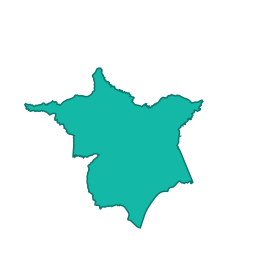 the district of Cha-Uat, Nakhon Si Thammarat, Thailand, rotated 50°
{"feature_id": "78962969B24594080556588", "entity_name": "Cha-Uat", "entity_type": "district", "adm_level": 2, "iso_a3": "THA", "parent_name": "Thailand", "parent_adm1": "Nakhon Si Thammarat", "projection": "equal_earth", "projection_center": [99.929, 7.982], "detail": "fine", "context": "isolated", "style": "filled", "palette": "teal", "viewbox_px": 256, "rotation_deg": 50, "n_neighbors": 0, "source": "geoboundaries", "source_scale": "gbopen_adm2", "svg_char_len": 5850}
<svg xmlns="http://www.w3.org/2000/svg" viewBox="0 0 256 256"><g transform="rotate(50 128 128)"><path d="M164.5,91.4L162.8,90.4L161.7,90.6L161.1,88.3L161.4,87.3L161.0,87.1L160.9,86.5L160.3,85.8L160.9,84.8L161.5,84.5L160.7,83.8L160.5,82.9L162.0,81.8L161.8,81.5L160.8,81.7L160.5,81.4L161.0,79.2L161.0,78.2L160.6,76.4L159.8,76.6L159.6,75.8L159.9,74.9L161.3,74.9L161.9,74.5L161.9,74.0L160.9,73.6L161.0,72.8L160.8,72.1L160.3,71.7L160.1,70.4L159.5,70.0L158.2,70.1L158.3,68.6L158.7,67.8L158.3,67.3L158.3,66.6L157.6,66.0L157.3,66.1L157.1,65.3L160.0,63.8L159.9,62.7L160.4,61.7L160.3,60.8L160.0,60.3L159.6,60.2L158.7,61.0L158.1,60.8L157.7,60.0L157.7,59.0L157.3,58.5L157.7,57.4L156.9,57.0L156.5,56.0L155.9,55.6L155.8,53.8L155.2,54.0L155.1,53.6L154.4,53.4L154.1,53.7L154.1,54.5L153.7,54.6L153.1,57.9L151.4,59.9L149.9,63.1L146.4,63.3L144.6,63.8L140.8,66.0L136.6,67.8L136.2,67.7L134.4,69.5L134.4,70.3L133.8,71.1L130.3,73.4L130.6,74.6L130.0,75.0L129.2,76.4L129.5,77.3L129.3,77.6L129.7,77.7L129.9,78.2L129.8,79.1L129.4,79.7L128.6,80.1L128.2,81.0L127.6,81.0L127.0,81.6L126.8,82.3L126.7,83.6L128.0,89.0L127.1,90.6L127.7,91.2L127.6,91.8L126.8,92.3L126.8,93.0L127.1,93.4L126.7,94.8L126.9,94.7L126.8,95.6L127.2,95.8L126.4,97.6L126.6,98.0L126.2,98.0L126.1,98.5L125.9,98.2L125.3,98.5L125.3,98.1L125.0,98.1L125.0,98.5L124.7,97.9L124.4,98.3L124.6,98.5L124.2,98.8L124.2,99.7L123.7,99.7L123.6,99.1L123.5,99.4L123.3,99.1L122.8,99.4L122.3,99.1L122.1,99.6L122.2,99.3L122.0,99.0L121.9,99.5L121.7,99.5L121.2,98.5L120.8,98.9L120.9,99.6L121.2,100.0L120.7,100.2L120.9,100.5L120.5,100.5L120.4,102.9L120.6,103.8L118.8,104.4L114.6,107.7L110.1,107.8L110.1,107.0L109.6,106.9L109.6,106.5L109.2,106.5L108.9,104.1L108.6,103.9L107.2,104.4L106.7,105.1L105.7,105.4L105.1,106.2L104.5,104.9L103.4,105.3L101.9,104.8L101.5,105.1L101.1,106.3L100.6,106.1L99.8,106.4L99.5,107.5L98.8,107.3L98.4,107.8L98.4,107.4L98.0,107.5L97.9,108.4L97.2,109.3L96.7,109.4L96.4,109.0L95.6,109.6L95.5,109.0L95.1,109.5L94.6,109.3L94.4,110.1L94.0,109.7L93.2,109.9L93.3,110.6L93.0,111.1L92.5,111.2L92.2,111.8L91.2,111.9L90.4,112.6L89.6,112.5L89.3,112.8L88.3,111.9L88.0,112.1L87.1,111.9L87.0,112.8L86.0,112.9L85.8,113.4L85.4,113.6L85.4,114.3L84.6,113.2L83.5,113.5L83.4,114.1L82.4,114.2L81.2,113.2L80.6,113.8L79.7,113.5L78.8,114.5L77.4,115.0L77.1,114.4L76.4,114.7L75.1,114.7L74.8,113.8L74.5,114.2L74.3,113.8L72.9,113.7L72.3,113.3L71.9,113.2L71.6,113.7L71.0,113.1L69.5,113.0L67.5,111.8L67.6,111.4L67.1,111.4L66.6,110.6L65.1,110.9L64.7,110.5L63.2,112.1L63.2,112.7L62.8,113.5L64.6,117.9L64.7,120.2L64.9,121.2L65.4,121.8L68.1,122.3L68.9,123.2L72.2,124.5L73.0,125.8L75.4,127.3L75.5,127.9L76.2,128.6L77.7,129.1L77.8,130.7L77.7,132.1L78.5,133.1L78.7,135.5L78.3,137.7L77.9,138.9L75.7,141.3L74.7,141.6L72.5,144.0L72.0,144.9L70.2,145.7L69.1,147.3L69.0,147.8L69.6,148.8L69.4,151.2L68.1,155.0L67.2,156.5L67.0,158.7L66.6,159.8L66.5,160.8L67.0,164.9L66.8,165.5L66.3,165.9L65.6,165.6L64.4,167.1L62.4,166.1L61.3,166.7L60.4,167.9L58.8,168.5L59.1,169.3L58.9,170.8L58.1,173.1L58.3,174.8L57.6,174.8L57.5,175.9L57.3,176.2L55.5,176.2L54.7,176.7L54.3,177.5L54.4,179.6L53.5,180.6L52.3,183.3L51.5,183.8L51.2,186.2L48.9,186.5L48.0,187.8L47.0,187.8L46.1,189.4L43.6,190.8L43.7,191.9L45.3,192.5L46.0,192.0L46.9,191.9L47.1,193.2L48.1,193.7L48.7,193.3L48.8,192.6L49.2,192.4L49.2,192.2L50.1,192.2L50.5,192.7L50.7,192.1L51.0,192.4L52.4,192.0L52.6,191.1L53.0,190.9L53.1,190.3L54.5,188.4L55.4,188.6L56.6,186.7L58.6,184.6L59.0,182.9L60.1,182.6L60.7,181.5L62.2,181.0L62.7,180.5L64.7,179.8L67.6,179.6L68.2,177.0L68.9,175.6L69.8,174.7L70.7,174.3L72.6,176.0L72.6,176.4L73.5,177.9L75.0,178.9L75.9,178.0L76.1,176.9L78.4,178.6L78.8,178.5L79.3,177.8L79.9,177.6L80.9,178.0L81.9,178.0L82.1,177.6L82.0,176.7L83.6,175.1L84.7,175.3L85.4,176.0L86.5,176.1L86.9,177.0L88.1,176.5L90.1,176.3L91.0,176.8L91.2,177.6L92.4,177.1L93.5,177.4L94.2,177.2L94.5,176.6L95.2,176.7L96.3,175.6L99.4,174.0L100.0,175.7L101.0,176.1L106.6,180.8L114.7,188.7L115.4,187.8L114.3,187.5L114.2,187.1L114.9,186.6L115.2,186.8L115.0,186.3L115.5,186.5L115.5,185.9L116.0,186.4L115.9,185.5L115.7,185.4L116.3,185.2L116.1,185.0L116.4,184.7L116.6,184.9L117.9,183.1L118.0,183.5L118.5,183.4L118.4,182.9L119.5,181.7L119.7,182.0L120.0,181.3L120.5,181.6L120.6,181.3L121.2,181.3L120.9,181.0L121.1,180.7L121.5,180.7L121.7,180.4L122.0,180.7L121.9,180.0L122.2,180.1L122.5,178.7L123.6,178.4L124.1,177.7L124.0,176.7L124.4,176.4L124.3,175.7L124.7,175.0L124.7,174.4L125.7,173.1L126.2,170.2L128.1,168.1L129.8,167.6L129.8,168.8L130.5,169.6L130.6,170.4L130.3,175.1L131.0,175.9L130.9,176.5L131.3,177.7L130.9,178.5L131.3,180.1L131.2,182.6L131.9,183.4L132.7,183.4L134.2,184.1L134.4,184.6L134.9,184.5L136.6,187.7L139.6,191.2L140.8,191.8L142.5,193.6L144.0,194.7L145.2,195.0L148.2,197.3L150.0,197.5L151.5,199.0L155.7,197.9L157.2,198.2L157.8,199.0L160.5,200.8L160.9,200.8L161.7,199.9L162.3,200.3L163.3,199.9L163.9,200.1L164.5,201.5L165.7,202.6L167.0,201.8L167.6,200.9L168.9,199.8L170.3,200.3L170.9,200.9L172.2,201.2L172.3,200.7L171.8,199.3L171.8,198.5L173.7,196.4L174.9,193.9L176.7,191.3L177.4,190.7L177.7,190.8L178.0,189.5L178.9,187.7L178.8,187.1L179.6,185.8L180.7,185.7L180.9,185.2L181.8,184.7L181.6,184.1L181.9,183.1L182.8,183.1L184.3,182.0L186.5,181.3L193.0,182.0L194.7,182.6L195.6,183.4L197.8,186.8L198.3,187.0L200.1,185.6L210.0,184.3L212.4,182.8L204.2,169.6L202.3,165.2L199.9,157.6L198.2,150.0L197.9,147.5L198.1,145.2L199.0,142.0L202.0,138.3L200.8,136.3L200.5,134.5L202.2,131.3L202.3,129.1L201.6,125.0L201.6,122.8L202.4,122.2L204.3,122.2L205.5,121.1L206.7,120.4L206.8,118.4L208.3,117.8L208.4,115.7L208.8,114.5L209.2,114.0L209.7,113.9L210.3,115.3L210.8,115.5L211.2,115.2L211.3,114.6L211.2,113.2L181.5,103.7L177.6,102.6L176.9,102.6L176.7,102.9L175.8,102.1L175.0,102.5L174.6,101.8L174.0,101.6L172.9,101.8L171.6,98.6L168.0,95.4L167.5,94.5L167.7,93.5L167.0,94.1L164.5,91.4Z" fill="#14b8a6" stroke="#0f766e" stroke-width="1.5"/></g></svg>